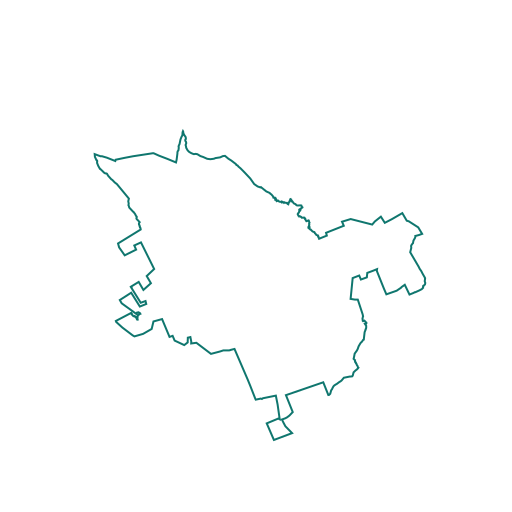 outline of Villa Victoria, México, Mexico, rotated 149°
{"feature_id": "50627088B15361749852756", "entity_name": "Villa Victoria", "entity_type": "district", "adm_level": 2, "iso_a3": "MEX", "parent_name": "Mexico", "parent_adm1": "México", "projection": "natural_earth1", "projection_center": [-99.997, 19.432], "detail": "fine", "context": "isolated", "style": "outline", "palette": "teal", "viewbox_px": 512, "rotation_deg": 149, "n_neighbors": 0, "source": "geoboundaries", "source_scale": "gbopen_adm2", "svg_char_len": 6099}
<svg xmlns="http://www.w3.org/2000/svg" viewBox="0 0 512 512"><g transform="rotate(149 256 256)"><path d="M330.2,133.0L325.3,131.3L324.6,130.4L323.3,130.5L310.9,126.1L314.0,117.5L319.8,103.8L320.7,105.2L333.0,107.0L335.4,89.1L316.3,85.6L318.5,94.9L318.3,98.9L318.0,102.5L314.5,101.8L312.5,101.7L309.6,102.0L304.9,103.3L302.0,121.3L263.4,113.1L265.6,99.6L264.9,99.3L263.3,99.7L260.8,102.1L259.4,102.7L258.1,103.6L256.7,104.4L255.6,104.7L253.7,104.8L253.0,104.7L249.1,105.1L248.5,105.0L246.8,105.2L243.4,106.4L237.5,104.3L236.7,103.8L235.4,103.3L234.5,103.8L232.3,106.0L229.8,106.6L227.9,106.8L226.5,107.2L225.8,107.5L226.0,108.0L225.6,109.3L225.7,110.5L225.6,111.4L225.5,111.5L225.4,111.9L225.6,112.7L225.3,113.2L225.6,113.9L225.3,114.4L225.4,114.6L225.2,115.1L225.2,115.3L224.8,115.7L225.3,117.6L224.1,118.8L221.7,121.5L218.2,123.0L216.6,124.0L214.6,125.7L211.9,127.2L210.8,127.7L209.3,128.0L207.4,128.9L206.7,128.8L202.1,134.8L200.4,136.1L200.3,136.3L199.9,136.4L199.6,136.9L198.9,137.3L198.4,137.9L197.5,139.4L197.4,140.4L197.6,140.7L197.6,141.7L196.6,141.3L196.0,141.5L195.7,142.1L196.2,143.2L196.1,143.6L196.4,144.8L197.8,145.0L197.9,145.4L196.9,147.6L196.4,148.0L196.0,148.6L195.3,149.1L194.6,151.2L191.2,166.2L193.8,167.8L197.0,170.5L184.5,187.3L177.6,186.1L178.2,181.8L172.0,180.6L169.3,184.2L163.4,183.1L159.0,182.4L160.1,181.1L163.1,162.5L164.0,156.0L153.3,153.8L148.0,154.1L147.3,154.4L143.3,154.7L144.3,143.9L139.9,143.2L138.6,143.2L138.2,142.9L133.9,142.4L131.0,142.2L129.1,142.7L129.0,143.2L128.1,144.2L127.8,144.0L127.0,144.4L126.0,144.5L125.7,144.7L124.8,145.7L124.3,147.6L123.3,148.7L123.0,149.4L122.5,149.8L122.4,150.5L122.3,155.2L122.1,157.9L122.3,160.8L122.1,162.9L121.9,179.8L118.7,183.0L118.0,184.5L117.5,185.1L115.5,186.0L114.9,186.1L113.1,188.1L110.4,189.6L109.3,190.6L109.1,191.1L105.7,190.1L102.2,189.4L102.2,197.0L107.2,207.1L108.6,208.6L108.5,217.4L120.7,217.6L128.5,218.1L128.7,225.4L136.3,224.4L140.2,223.1L155.8,238.9L164.6,241.1L165.2,236.7L184.0,239.8L184.8,237.0L193.0,238.3L192.8,239.0L192.9,239.4L192.5,240.4L192.8,240.6L192.7,241.2L192.4,241.4L192.3,241.7L193.4,242.9L193.5,244.3L193.8,245.2L193.6,246.1L193.7,246.5L194.5,247.3L195.0,248.3L195.5,250.6L195.8,250.7L196.6,253.2L196.3,253.6L195.6,253.0L195.2,253.1L195.1,253.6L195.3,253.8L195.3,254.3L195.0,254.7L194.2,255.3L194.1,255.6L194.1,255.9L193.9,256.3L192.9,257.1L192.9,257.9L192.6,258.7L192.5,259.3L192.8,259.6L193.5,259.5L193.9,259.7L194.6,259.7L194.9,259.9L194.9,261.8L194.6,262.2L194.6,262.5L195.0,262.8L195.0,263.4L194.7,263.7L194.7,263.9L195.2,264.3L197.0,265.2L197.0,265.5L197.2,266.4L197.7,266.8L197.9,267.5L198.7,267.7L198.7,268.6L198.9,268.8L198.7,270.4L198.1,270.9L196.9,271.1L195.7,272.3L195.0,273.5L194.6,273.5L194.5,273.3L195.1,272.7L195.1,272.1L194.7,272.2L194.2,272.8L193.9,272.8L193.7,273.1L193.5,273.6L191.2,273.7L191.1,274.0L191.4,274.6L191.1,275.9L191.5,276.3L194.7,278.1L195.2,278.8L195.4,280.1L196.1,281.0L196.5,281.7L196.7,284.3L197.4,284.5L196.5,286.8L196.2,286.8L197.2,287.1L198.6,286.0L201.0,284.4L201.7,283.7L202.1,284.3L202.2,285.1L202.1,285.6L202.7,285.9L203.6,286.8L204.1,287.0L204.1,287.5L204.3,287.6L204.7,287.4L204.8,287.9L205.4,288.8L205.6,288.3L206.4,288.6L206.5,289.5L207.4,290.0L208.1,290.7L208.2,291.1L208.7,291.7L208.5,292.1L208.6,292.3L209.1,292.6L209.4,292.4L210.0,292.4L210.1,293.6L210.5,294.2L210.1,294.4L209.6,294.3L209.5,294.8L209.9,294.9L209.8,295.2L210.1,295.1L210.2,295.5L210.0,295.9L210.4,296.3L210.3,296.6L210.5,296.7L210.8,297.1L211.0,297.2L210.8,297.7L210.7,298.5L211.1,300.8L211.7,302.2L211.8,303.0L213.9,306.0L216.3,312.5L216.9,312.5L218.8,314.8L220.5,318.6L221.0,325.4L222.6,332.8L224.1,339.1L225.0,341.7L225.2,343.2L225.9,344.0L225.9,345.2L228.0,350.5L229.6,353.7L231.0,357.8L233.0,358.7L235.9,359.0L240.3,360.8L241.8,361.0L243.3,361.6L245.3,362.5L247.1,363.9L247.9,364.6L250.3,368.1L252.2,370.3L253.8,373.4L255.1,374.6L256.8,375.3L257.4,376.0L258.5,377.5L259.7,379.7L260.2,381.8L260.1,384.7L259.5,386.1L259.2,387.4L257.8,388.5L257.5,389.0L257.2,390.1L257.3,390.7L257.2,391.2L256.9,391.9L256.4,392.3L255.9,392.4L255.4,393.2L255.0,394.6L255.2,396.0L255.1,398.1L254.9,398.9L254.3,400.3L254.3,400.6L255.2,399.9L257.0,397.3L258.2,396.7L260.7,394.8L264.0,391.2L264.9,390.7L265.9,389.9L266.0,389.4L266.8,388.1L268.1,386.5L269.2,386.1L269.9,385.4L270.6,384.3L274.3,379.6L276.4,377.4L281.8,384.7L287.5,392.0L290.6,396.5L291.1,396.9L291.2,397.1L310.2,404.9L317.8,407.7L326.7,410.8L327.7,409.9L333.2,417.1L336.7,420.9L337.7,421.4L339.0,422.9L341.8,426.4L343.0,424.0L343.4,420.4L343.1,420.0L343.1,419.5L343.3,419.0L343.5,418.9L344.3,417.6L344.8,414.6L344.9,411.2L344.7,411.1L343.2,405.4L342.6,404.4L341.7,403.8L341.4,403.3L341.4,400.9L340.5,396.2L340.0,395.3L339.2,391.8L338.2,389.3L335.4,370.7L337.3,368.7L338.1,366.5L339.2,365.2L339.2,364.6L339.7,362.8L338.5,357.1L338.3,356.9L338.0,354.1L338.2,352.3L338.0,351.2L338.1,350.8L339.0,350.1L339.2,349.7L339.2,348.6L339.0,348.3L338.3,344.9L339.5,344.3L340.1,343.2L340.0,342.3L340.4,341.8L340.3,341.2L340.8,340.2L340.6,339.5L341.2,338.1L367.8,337.8L368.9,333.9L368.2,324.2L355.5,323.2L354.9,327.7L347.6,326.9L350.0,297.3L360.0,295.1L360.1,286.8L370.0,284.9L369.9,294.2L378.8,294.1L378.8,293.7L379.2,293.8L378.9,275.3L373.9,274.3L374.8,271.4L381.6,272.5L381.9,288.8L395.4,288.4L395.5,284.8L395.4,284.4L388.5,268.2L387.3,268.8L385.7,268.3L384.8,266.5L384.9,266.0L385.9,266.3L386.5,266.0L387.2,266.5L387.7,266.3L387.7,266.0L387.9,265.7L388.3,265.6L390.1,263.0L390.3,262.8L390.3,262.5L390.6,262.6L390.7,263.0L390.5,264.0L390.2,264.9L390.5,264.8L390.8,265.7L390.7,266.3L390.7,266.6L391.0,267.1L391.5,267.0L392.1,267.6L392.2,268.0L392.2,268.6L392.6,269.7L392.4,270.0L392.6,270.5L392.2,270.7L392.3,271.5L409.6,272.5L409.8,271.5L407.4,263.5L402.6,251.5L401.6,249.7L392.9,247.4L383.0,247.2L377.6,252.7L369.0,250.3L371.8,231.2L368.6,230.5L369.3,225.4L363.4,216.6L359.1,217.1L356.5,221.1L354.0,220.3L355.6,215.9L356.6,214.4L351.8,212.3L345.0,195.3L336.1,192.7L332.6,191.9L327.6,188.9L326.3,188.5L326.2,188.6L322.3,187.4L326.8,154.1L327.8,147.6L330.1,134.1L330.2,133.0Z" fill="none" stroke="#0f766e" stroke-width="2"/></g></svg>